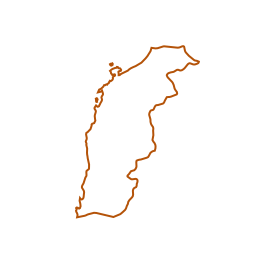 an SVG outline of Ica, rotated 49°
{"feature_id": "PER-589", "entity_name": "Ica", "entity_type": "Department", "adm_level": 1, "iso_a3": "PER", "parent_name": "Peru", "parent_adm1": "", "projection": "natural_earth1", "projection_center": [-75.673, -14.21], "detail": "fine", "context": "isolated", "style": "outline", "palette": "amber", "viewbox_px": 256, "rotation_deg": 49, "n_neighbors": 0, "source": "natural_earth", "source_scale": "10m", "svg_char_len": 4123}
<svg xmlns="http://www.w3.org/2000/svg" viewBox="0 0 256 256"><g transform="rotate(49 128 128)"><path d="M162.0,225.0L160.8,223.4L160.0,222.8L158.7,222.3L157.3,222.0L156.3,221.5L155.9,220.3L155.6,220.0L154.4,219.7L154.3,219.1L154.4,218.8L155.3,218.2L156.7,217.8L156.9,216.8L155.9,215.1L153.9,213.7L151.2,212.3L149.4,210.2L150.7,210.3L151.5,209.9L151.8,209.1L151.7,208.1L151.4,207.4L150.9,206.7L147.6,203.2L146.3,202.5L142.8,201.9L141.8,201.0L141.2,199.7L140.6,197.9L137.4,192.6L137.0,191.1L136.4,190.3L134.0,188.4L133.3,187.6L133.2,187.0L133.3,184.5L133.0,184.0L130.0,181.3L124.5,178.3L122.7,177.1L121.3,176.3L119.7,175.1L116.7,172.3L113.3,170.5L113.1,170.1L112.6,169.6L111.9,169.3L111.3,169.1L110.6,168.8L110.1,168.1L109.7,167.2L109.2,166.4L108.7,165.9L108.2,165.5L105.4,163.9L104.4,162.7L104.6,160.9L104.4,159.1L104.3,157.2L103.4,155.6L102.2,153.7L101.5,153.2L101.3,152.3L101.6,151.6L102.1,150.3L101.8,149.6L101.0,147.8L99.5,146.9L97.2,145.3L96.4,144.4L95.1,142.3L94.2,141.2L93.5,140.9L91.9,140.7L91.2,140.4L90.7,139.8L90.0,137.3L91.9,137.1L92.4,136.3L92.5,135.6L92.0,134.5L91.4,133.0L91.0,132.2L90.5,130.5L89.7,129.1L88.6,128.5L87.5,128.0L86.9,127.0L86.6,125.7L86.1,124.7L85.2,124.1L82.8,123.1L82.7,124.8L81.4,127.3L80.1,124.6L80.7,122.5L80.6,119.6L80.0,117.8L80.7,117.2L80.8,115.9L81.6,115.3L81.2,114.5L81.4,113.8L81.5,113.0L80.9,112.1L80.5,110.7L81.3,110.4L81.5,108.4L81.0,107.1L79.8,106.2L79.6,105.2L79.7,104.7L79.9,104.1L79.9,103.5L79.6,103.0L78.9,102.8L78.4,103.2L78.2,104.5L77.8,105.1L76.9,104.8L75.8,105.0L74.5,104.2L73.1,104.1L73.1,102.1L73.3,100.9L74.2,98.4L74.9,97.3L74.6,96.3L75.3,95.7L76.5,96.0L77.7,94.9L78.9,94.9L79.7,95.1L80.1,96.0L79.4,97.1L79.2,98.2L79.9,98.8L80.8,99.3L82.0,100.4L82.6,99.6L82.6,97.9L83.0,96.3L84.0,92.7L84.6,90.4L84.5,88.8L84.8,86.6L85.5,84.0L86.3,81.6L87.5,75.0L87.0,69.1L86.5,66.2L84.8,60.6L82.9,57.7L86.0,55.0L87.2,53.3L89.6,47.8L90.2,47.0L99.8,38.0L100.5,37.1L101.0,36.2L101.9,33.6L102.4,32.7L103.0,32.4L103.4,32.3L103.6,32.4L104.0,32.6L107.2,34.4L108.8,34.8L113.4,34.7L119.8,33.6L120.8,33.3L122.6,31.9L124.4,31.0L124.9,31.7L125.0,32.1L125.1,32.4L125.0,33.0L124.7,34.0L124.0,35.7L123.3,36.6L122.6,37.2L120.0,38.6L119.5,39.1L119.2,39.9L119.1,41.0L119.9,45.4L120.0,46.5L120.0,47.7L119.7,49.5L119.2,50.4L118.6,51.1L117.3,51.7L116.8,52.2L116.3,52.8L116.1,53.6L115.8,55.6L115.6,56.5L115.3,57.2L114.1,59.2L113.5,60.6L113.2,61.4L113.1,62.2L113.2,63.1L113.4,63.8L113.9,64.3L115.8,64.8L120.4,64.6L121.8,64.5L123.2,64.6L125.5,65.3L128.9,67.0L130.4,67.3L132.9,67.5L133.6,67.9L134.2,68.3L134.6,69.2L132.6,74.8L131.9,76.2L131.0,77.3L130.2,78.5L131.5,82.2L132.2,83.6L132.5,84.5L132.5,85.6L130.4,90.2L129.4,91.6L129.2,92.6L129.4,93.2L129.6,94.0L130.6,96.1L130.8,96.8L130.6,97.6L129.9,98.9L129.8,99.6L130.0,100.3L130.6,101.7L131.2,102.6L132.0,103.4L136.0,105.3L136.7,105.8L137.9,106.8L138.9,107.4L140.2,108.0L141.1,108.2L143.6,108.5L144.3,108.8L145.2,109.4L146.4,110.7L150.1,113.6L153.1,117.4L155.0,117.8L157.0,117.9L157.9,118.2L158.8,118.5L160.0,119.3L161.4,120.7L162.7,122.7L162.0,124.0L161.7,124.8L161.5,126.0L161.5,127.4L162.7,130.5L163.1,131.9L162.7,133.4L160.2,139.0L159.4,140.2L158.8,141.4L158.3,142.9L158.8,143.7L159.4,144.3L162.3,146.6L162.8,147.1L163.2,147.7L163.8,149.1L163.9,150.1L164.0,150.9L162.6,154.1L163.4,157.4L163.6,159.4L163.9,160.0L164.5,160.2L168.0,159.4L168.6,159.2L169.2,158.8L169.7,158.2L171.3,155.7L171.9,155.2L172.5,155.0L173.2,155.0L173.9,155.3L174.6,155.9L175.2,156.7L175.9,158.0L176.6,158.7L177.2,159.3L177.6,159.9L177.9,160.6L177.4,162.7L177.5,163.7L178.1,164.9L178.7,165.6L181.7,167.9L182.1,168.5L182.6,169.1L182.9,170.1L183.1,171.6L183.3,174.0L183.9,176.2L185.2,177.9L186.1,180.1L187.3,182.1L187.6,182.9L187.9,183.8L188.0,186.7L188.0,189.3L187.9,190.5L185.6,197.4L171.4,207.6L169.7,209.3L167.2,214.3L166.7,215.5L166.3,217.1L165.8,218.3L162.0,225.0L162.0,225.0ZM69.7,98.0L70.2,98.2L70.2,99.1L69.9,99.8L69.3,100.0L68.5,100.0L68.0,99.8L68.1,98.9L68.7,98.2L68.9,97.4L69.6,97.5L69.7,98.0ZM86.5,132.2L87.0,133.1L87.2,133.8L87.9,134.2L87.6,134.7L86.8,134.5L85.7,133.6L84.8,133.1L84.9,132.2L85.4,131.9L86.5,132.2Z" fill="none" stroke="#b45309" stroke-width="2"/></g></svg>